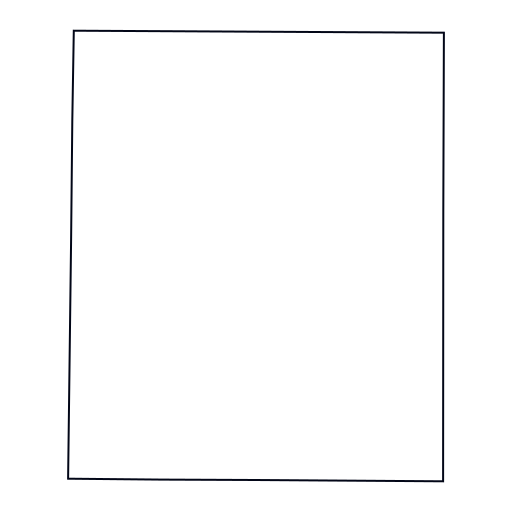 Knox, Illinois, United States of America (Natural Earth projection)
{"feature_id": "52423323B87392879787179", "entity_name": "Knox", "entity_type": "district", "adm_level": 2, "iso_a3": "USA", "parent_name": "United States of America", "parent_adm1": "Illinois", "projection": "natural_earth1", "projection_center": [-90.27, 40.932], "detail": "fine", "context": "isolated", "style": "outline", "palette": "ink", "viewbox_px": 512, "rotation_deg": 0, "n_neighbors": 0, "source": "geoboundaries", "source_scale": "gbopen_adm2", "svg_char_len": 239}
<svg xmlns="http://www.w3.org/2000/svg" viewBox="0 0 512 512"><path d="M73.8,30.7L72.3,120.3L71.1,239.7L68.1,478.7L161.9,479.6L255.5,480.0L443.1,481.3L443.3,212.1L443.9,32.7L73.8,30.7Z" fill="none" stroke="#020617" stroke-width="2"/></svg>